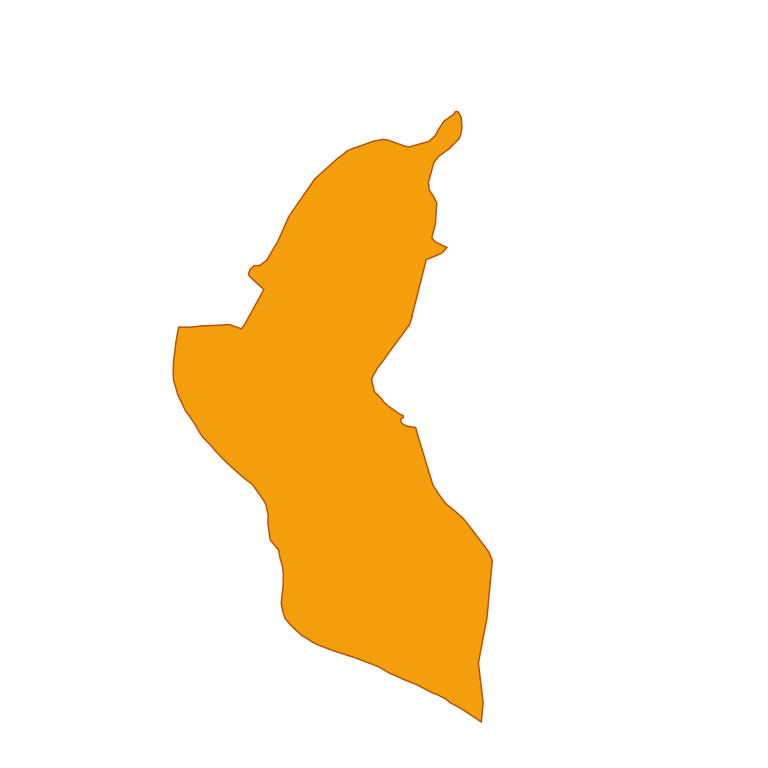 the district of Ghamr, Sa`dah, Yemen, rotated 201°
{"feature_id": "15242507B39304781263457", "entity_name": "Ghamr", "entity_type": "district", "adm_level": 2, "iso_a3": "YEM", "parent_name": "Yemen", "parent_adm1": "Sa`dah", "projection": "natural_earth1", "projection_center": [43.319, 16.975], "detail": "fine", "context": "isolated", "style": "filled", "palette": "amber", "viewbox_px": 768, "rotation_deg": 201, "n_neighbors": 0, "source": "geoboundaries", "source_scale": "gbopen_adm2", "svg_char_len": 2535}
<svg xmlns="http://www.w3.org/2000/svg" viewBox="0 0 768 768"><g transform="rotate(201 384 384)"><path d="M172.1,103.4L177.3,122.1L195.9,157.4L201.4,187.8L203.7,201.1L219.6,257.8L221.6,260.1L224.1,262.9L224.4,263.2L225.4,264.4L246.7,277.8L248.8,279.2L259.7,285.6L262.1,287.0L272.4,290.8L283.8,294.6L291.7,299.6L302.1,307.1L309.3,316.4L333.4,347.3L334.6,348.9L338.8,354.6L348.1,352.8L352.3,353.3L353.6,354.2L355.3,355.7L355.6,357.4L355.0,358.8L354.1,359.1L354.0,360.2L354.5,361.2L356.0,361.5L358.7,361.5L373.3,365.3L378.1,367.3L380.9,369.2L390.5,373.6L392.8,377.4L395.2,380.5L397.3,384.1L396.9,389.4L395.8,396.5L394.3,401.4L393.5,403.8L391.9,410.3L391.3,412.8L381.4,448.4L381.8,455.0L381.9,457.6L382.3,457.6L384.8,479.3L386.3,491.4L388.0,506.1L388.9,513.4L389.0,514.4L389.1,515.3L377.7,526.0L375.9,528.9L374.2,534.1L379.0,534.3L387.0,535.1L391.7,537.4L393.4,551.7L399.6,571.9L404.7,576.6L411.4,581.4L414.8,588.5L416.8,608.4L414.6,616.0L407.5,626.9L401.7,640.1L401.9,645.0L403.1,651.4L407.5,660.7L411.9,664.4L413.9,664.6L415.0,663.6L415.9,660.3L422.2,650.9L424.5,640.2L425.2,634.2L429.0,626.6L439.1,619.1L445.5,614.3L450.2,613.5L467.4,613.1L471.8,612.3L472.2,612.1L480.2,607.4L496.0,594.0L501.8,588.6L505.8,581.6L507.9,578.3L508.6,577.1L514.9,564.8L522.0,550.8L522.2,550.2L527.1,530.2L530.6,515.6L532.3,508.5L532.8,506.2L533.6,491.8L534.1,479.6L537.9,457.4L542.3,450.3L547.8,447.7L550.0,443.2L550.0,438.1L547.8,436.1L546.1,435.5L530.0,429.1L535.5,389.0L535.6,388.7L537.0,384.3L549.8,384.1L559.9,379.3L565.6,376.9L574.4,373.2L579.0,370.8L584.7,367.8L588.9,366.2L595.9,363.6L595.8,362.4L595.2,358.4L593.2,348.5L589.8,334.7L588.5,329.4L585.3,320.2L582.0,312.4L572.3,299.7L566.3,294.1L564.6,292.6L559.5,287.6L553.7,284.1L552.4,283.1L546.6,279.1L538.9,272.7L533.8,269.2L525.0,265.2L524.2,264.9L517.8,261.3L507.6,256.4L502.4,254.2L495.4,251.4L487.6,248.5L480.1,245.7L479.6,245.6L470.5,242.9L455.7,232.9L453.9,231.5L453.0,230.8L451.2,229.4L444.8,219.5L442.8,213.1L434.4,197.6L422.8,191.2L420.9,187.9L419.0,184.8L413.2,177.0L410.0,170.8L409.7,170.0L409.3,169.1L406.0,160.0L401.3,142.3L400.2,140.6L399.2,138.9L396.8,135.2L392.3,129.6L384.6,125.3L370.5,119.6L364.8,118.9L359.1,117.5L353.7,116.9L352.0,116.8L341.2,116.8L335.5,116.8L320.9,117.6L311.9,118.1L305.0,118.1L296.0,118.1L287.7,118.1L275.0,115.9L268.6,115.9L260.4,115.2L252.7,115.1L247.0,115.1L232.0,113.4L227.9,113.0L222.1,113.0L218.5,112.6L214.5,112.3L207.5,110.1L196.7,108.8L195.9,108.6L195.3,108.5L184.3,106.1L172.1,103.4Z" fill="#f59e0b" stroke="#b45309" stroke-width="1.5"/></g></svg>